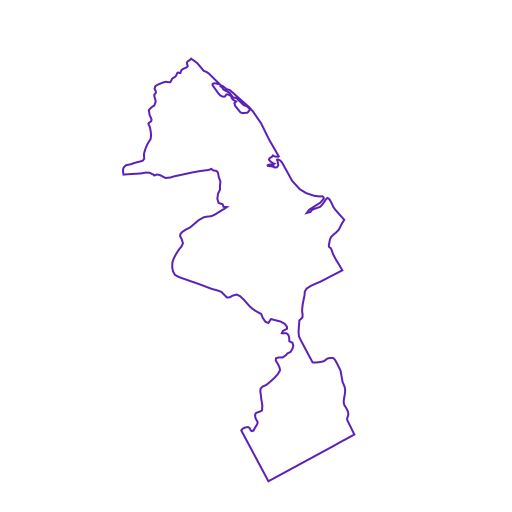 the border of Tabasco, rotated 62°
{"feature_id": "MEX-2725", "entity_name": "Tabasco", "entity_type": "State", "adm_level": 1, "iso_a3": "MEX", "parent_name": "Mexico", "parent_adm1": "", "projection": "albers", "projection_center": [-92.753, 17.95], "detail": "fine", "context": "isolated", "style": "outline", "palette": "violet", "viewbox_px": 512, "rotation_deg": 62, "n_neighbors": 0, "source": "natural_earth", "source_scale": "10m", "svg_char_len": 5851}
<svg xmlns="http://www.w3.org/2000/svg" viewBox="0 0 512 512"><g transform="rotate(62 256 256)"><path d="M460.1,275.7L460.4,313.2L460.7,350.8L403.4,350.9L403.1,350.9L402.8,350.4L402.2,348.7L402.3,346.4L402.9,344.3L403.6,343.0L405.3,342.4L407.1,342.5L408.6,342.1L409.0,340.1L408.5,339.7L405.4,334.5L404.2,333.0L403.2,332.5L400.5,332.6L398.8,332.5L396.8,331.9L395.3,330.9L394.6,329.4L395.2,325.4L395.2,323.3L394.1,322.4L392.9,321.9L392.0,321.1L389.4,320.0L386.6,319.1L384.2,318.3L383.8,318.1L383.4,317.9L382.9,317.7L382.5,317.5L380.2,316.7L377.5,315.7L375.3,314.2L374.4,311.8L374.4,310.5L374.6,309.2L374.6,307.9L374.5,306.3L373.5,301.8L372.3,297.0L370.6,292.3L368.2,288.4L365.5,287.6L362.8,287.4L360.1,287.5L357.3,287.5L355.7,286.4L356.1,284.1L357.3,281.5L358.1,280.2L357.6,276.0L357.3,275.3L357.0,274.7L356.8,273.9L356.9,271.2L356.8,270.3L354.9,267.2L352.4,265.0L349.6,264.6L347.0,266.6L343.6,265.0L341.8,264.6L339.9,264.7L338.4,265.5L337.7,266.7L337.2,268.1L336.3,269.4L334.8,267.5L334.8,262.8L333.1,261.9L332.3,262.0L329.4,262.5L325.5,265.0L322.0,268.8L318.7,272.4L321.0,276.5L318.4,278.6L313.7,279.1L309.6,278.6L307.0,280.5L304.0,282.3L300.7,284.0L297.5,285.2L293.4,286.2L288.7,287.3L284.2,288.8L281.0,291.1L280.0,295.4L280.1,298.7L279.1,301.1L274.6,302.5L271.7,303.3L269.2,305.3L266.9,307.7L264.8,310.0L262.0,312.5L259.2,315.0L256.4,317.4L253.6,319.9L252.3,321.1L251.0,322.3L249.7,323.5L248.4,324.8L246.4,326.6L244.4,328.4L242.4,330.3L240.4,332.1L239.9,332.6L239.4,333.0L238.9,333.5L238.4,333.9L234.8,336.4L230.6,336.5L226.5,335.2L222.8,333.1L221.0,331.4L219.3,329.4L217.8,327.2L216.4,325.1L214.1,321.0L212.6,317.2L210.4,314.5L206.2,313.7L202.8,313.7L201.0,312.2L200.1,309.6L199.8,306.2L199.8,300.5L198.6,295.0L197.4,289.5L197.3,284.0L197.9,281.7L198.7,279.7L199.5,277.8L200.0,275.7L200.1,273.3L200.0,270.8L199.8,268.3L199.7,265.8L199.6,265.6L199.6,265.3L199.6,265.1L199.5,264.8L199.5,262.0L199.4,261.2L199.1,258.8L197.4,261.6L194.6,261.2L191.7,264.1L187.4,263.3L183.2,260.3L180.4,256.5L177.2,255.0L174.6,253.1L173.4,252.5L168.8,251.8L165.5,250.7L163.6,250.5L162.1,251.2L160.5,253.4L159.6,254.0L158.1,254.5L157.8,257.5L154.8,265.3L152.2,273.4L149.9,281.6L147.6,289.7L147.0,291.9L146.6,294.5L145.5,297.1L144.8,299.0L143.1,300.4L141.0,301.7L139.2,303.1L137.9,304.7L137.5,305.5L137.2,307.9L136.9,308.2L136.3,308.1L135.6,308.6L135.1,309.1L132.9,310.6L132.1,311.5L131.3,313.1L130.7,313.9L130.1,315.7L129.0,319.1L127.2,323.0L125.4,326.9L123.6,330.9L121.9,334.8L119.5,333.9L117.3,332.9L115.7,331.2L114.9,328.5L115.0,327.4L115.5,325.9L116.0,324.3L116.3,322.7L116.5,321.6L116.7,320.2L117.0,318.8L117.2,317.5L118.1,314.2L118.7,311.4L117.7,309.1L113.8,307.3L112.0,305.9L109.2,303.0L106.5,299.7L105.1,297.4L103.3,294.2L100.1,291.9L96.3,290.4L92.9,289.3L91.4,289.1L89.9,289.1L88.7,288.9L88.2,287.9L87.8,285.3L86.6,284.2L84.7,283.9L81.9,283.8L76.9,282.2L75.7,278.8L75.3,275.0L72.6,272.1L70.8,271.5L69.1,271.2L67.4,270.8L65.7,270.0L65.5,269.6L65.3,268.8L65.0,268.0L64.5,267.5L63.7,267.2L62.7,267.1L61.6,267.1L60.7,267.0L58.8,265.2L58.6,262.0L59.0,258.5L59.3,255.8L59.9,253.7L61.4,251.8L62.3,250.0L61.1,248.1L60.1,246.9L59.9,245.6L59.9,244.1L59.6,242.6L59.0,241.5L58.3,240.7L57.7,240.0L57.3,239.1L57.7,238.4L58.5,237.7L58.9,236.8L57.9,235.8L56.9,234.6L56.6,232.7L56.7,230.8L56.9,229.2L56.6,227.4L55.5,226.9L54.1,226.8L52.8,226.2L52.1,224.9L51.9,223.5L51.8,222.0L51.3,220.7L51.6,220.6L54.6,218.9L58.2,217.3L68.1,215.2L70.2,213.3L72.7,212.0L87.2,207.4L86.3,208.8L85.1,210.1L84.0,211.5L83.6,213.4L84.9,214.2L95.3,212.8L97.6,212.1L99.3,210.9L100.4,209.4L100.5,208.2L99.9,207.2L99.5,206.3L100.0,205.1L100.8,204.4L102.4,203.4L103.1,202.8L104.9,203.3L106.8,203.0L108.6,202.1L110.2,200.9L111.0,203.4L113.7,203.9L122.0,202.3L123.5,200.8L125.5,196.3L124.2,193.2L123.7,192.6L122.6,192.7L120.8,193.3L119.1,194.1L118.4,194.9L116.9,196.1L107.7,199.0L106.8,199.7L105.7,201.3L104.9,201.9L99.2,202.8L94.7,206.0L93.3,206.7L91.8,206.7L90.4,207.0L88.9,208.3L90.0,205.8L92.5,204.6L94.9,203.7L96.0,202.3L97.5,201.1L121.6,192.1L127.3,190.8L141.3,189.2L159.3,189.8L178.7,189.1L178.7,190.0L177.4,192.0L176.5,193.1L175.2,193.8L175.8,194.9L176.0,198.0L176.9,199.3L178.1,199.2L180.1,198.5L182.0,197.4L183.1,196.5L183.0,198.6L181.5,201.2L181.4,203.1L182.2,203.1L184.1,200.2L185.0,199.3L184.0,198.4L186.6,198.0L187.5,196.0L186.5,193.8L183.6,192.8L180.8,192.2L181.1,191.1L183.1,189.8L185.8,189.1L206.7,188.8L217.6,186.0L224.0,182.2L230.1,176.4L232.8,172.6L233.8,170.9L234.4,169.4L235.6,168.8L236.8,169.0L237.4,169.9L239.1,174.2L240.1,187.4L241.8,191.0L242.7,187.2L241.6,185.1L241.8,182.2L242.7,176.5L241.9,173.7L238.7,167.4L238.3,165.6L240.2,164.6L243.4,164.4L249.3,164.7L252.2,164.3L265.5,161.1L266.8,163.4L268.4,166.0L270.3,168.5L271.8,170.9L272.8,174.1L273.5,177.6L274.5,180.9L276.6,183.4L277.7,184.2L278.7,185.0L279.7,185.9L280.8,186.7L282.2,187.2L283.1,186.9L284.0,186.4L285.2,186.3L290.9,187.1L297.1,187.1L303.3,186.7L309.2,186.5L309.1,192.7L309.0,199.0L309.0,205.2L308.9,211.5L308.5,215.6L308.1,221.2L308.5,226.5L310.3,229.6L313.6,231.7L316.6,234.2L319.5,236.6L322.5,238.8L324.2,239.9L325.8,240.9L327.6,241.7L329.5,242.3L332.0,243.8L332.7,245.9L333.2,248.0L335.4,249.3L339.0,251.6L342.9,254.0L347.1,255.8L351.2,256.0L357.5,256.0L363.8,256.0L370.1,256.0L376.5,256.0L377.5,254.5L378.9,251.4L380.1,248.0L380.7,245.6L380.6,244.5L380.4,243.1L380.1,241.5L380.3,240.1L380.6,239.2L381.2,237.8L381.8,236.5L382.1,235.9L384.7,235.0L388.3,234.9L392.0,235.0L395.0,235.1L396.7,235.2L398.1,235.5L399.6,236.1L401.1,236.5L403.5,237.3L405.7,238.0L407.9,238.7L410.3,238.9L413.2,239.2L415.5,239.9L417.6,241.0L419.9,242.6L421.9,244.2L424.3,246.0L426.7,247.4L429.1,248.0L431.7,247.8L434.3,247.7L436.8,247.9L439.1,248.8L440.6,250.0L441.6,251.2L442.6,252.1L444.5,252.5L448.2,252.6L452.0,252.7L459.8,253.0L459.8,255.5L459.9,262.2L459.9,268.9L460.1,275.7Z" fill="none" stroke="#5b21b6" stroke-width="2"/></g></svg>